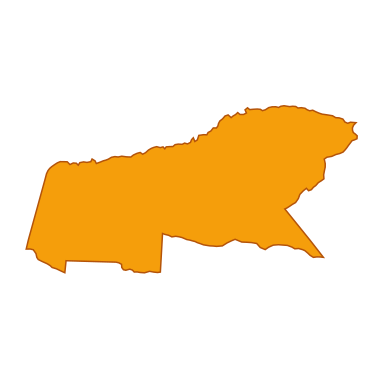 outline of Indiavaí, Mato Grosso, Brazil, rotated 102°
{"feature_id": "56859067B3233688790189", "entity_name": "Indiavaí", "entity_type": "district", "adm_level": 2, "iso_a3": "BRA", "parent_name": "Brazil", "parent_adm1": "Mato Grosso", "projection": "mercator", "projection_center": [-58.619, -15.332], "detail": "fine", "context": "isolated", "style": "filled", "palette": "amber", "viewbox_px": 384, "rotation_deg": 102, "n_neighbors": 0, "source": "geoboundaries", "source_scale": "gbopen_adm2", "svg_char_len": 2784}
<svg xmlns="http://www.w3.org/2000/svg" viewBox="0 0 384 384"><g transform="rotate(102 192 192)"><path d="M90.1,46.0L90.8,51.5L92.4,53.9L91.8,56.9L89.3,59.6L88.9,63.5L89.4,66.9L88.2,70.4L88.4,74.8L88.6,78.3L88.8,80.8L88.4,84.4L87.7,87.9L86.9,90.9L88.1,93.8L87.6,96.5L86.6,98.8L86.8,102.6L87.8,105.8L86.8,108.3L87.2,111.4L88.2,114.3L88.5,119.9L89.7,123.0L91.3,124.8L91.2,127.7L92.0,131.3L93.5,134.5L96.3,137.3L97.8,140.0L96.9,142.3L97.3,145.5L98.4,149.5L99.4,152.7L98.1,155.2L100.6,157.2L103.4,155.2L105.4,157.6L106.2,161.2L104.8,163.8L107.2,165.5L109.2,167.7L111.1,169.2L109.1,172.7L110.8,175.5L114.1,177.3L116.7,179.5L119.4,180.3L122.0,180.4L124.3,181.4L124.9,184.5L128.5,186.3L130.4,188.6L133.0,189.4L133.5,192.5L135.2,197.1L139.9,197.6L142.0,199.7L138.7,202.0L140.9,203.3L143.8,203.8L145.9,206.4L145.7,209.4L147.4,211.5L148.0,215.4L149.2,218.4L151.5,220.1L152.3,223.5L153.2,226.6L155.4,227.6L153.9,229.7L155.2,232.3L155.0,236.0L156.3,238.6L157.8,240.9L160.0,243.3L163.2,245.6L165.3,248.1L164.1,250.9L165.6,253.8L168.0,257.0L170.5,259.1L171.2,263.1L171.6,268.2L173.1,271.5L173.4,274.8L174.8,278.0L177.3,280.7L178.8,283.0L179.9,285.2L181.7,287.8L184.0,291.5L181.7,293.3L180.5,296.6L183.4,297.3L184.9,300.9L185.1,304.3L186.6,307.8L189.4,308.9L187.9,311.1L188.3,314.2L190.5,317.1L188.4,320.3L189.0,323.7L189.7,327.2L191.5,329.8L194.0,332.3L196.5,334.6L198.5,336.1L201.0,337.3L204.4,338.1L210.8,338.4L272.9,342.1L282.3,342.3L281.4,338.4L281.5,335.2L284.7,331.8L288.2,330.2L290.0,328.4L291.1,324.2L292.3,318.7L293.5,315.4L294.9,313.2L295.3,308.7L296.9,302.0L297.4,299.6L285.4,300.9L276.4,251.7L276.5,248.8L277.4,245.9L280.4,245.0L282.3,242.9L282.3,240.5L280.4,236.8L280.8,234.0L282.3,231.9L281.6,229.0L281.5,225.9L280.9,221.6L278.4,217.0L278.3,212.9L277.9,208.9L276.9,206.3L238.7,212.2L239.1,209.8L239.2,205.9L240.1,202.4L238.7,198.7L238.5,195.4L238.6,192.3L239.6,187.2L239.5,184.4L239.7,181.4L239.8,178.7L240.4,176.4L240.8,173.0L241.3,169.7L241.0,163.5L240.4,159.7L240.1,156.7L238.4,151.1L234.5,147.1L231.5,143.2L229.3,140.0L230.6,132.9L229.8,128.2L229.1,123.3L228.9,118.0L232.1,113.7L233.1,108.4L230.1,105.6L227.1,101.5L225.6,96.5L224.4,87.6L225.1,82.8L226.2,79.6L225.1,76.0L225.4,71.7L225.9,69.4L227.7,66.0L229.4,63.3L230.7,59.7L229.5,56.3L228.9,53.1L228.6,49.9L217.4,63.2L214.4,66.8L189.3,97.7L187.8,95.7L185.0,92.9L183.3,91.3L180.8,88.5L176.3,86.6L171.9,86.0L167.7,83.4L164.6,80.9L166.5,78.2L164.9,75.7L162.1,74.2L160.0,72.3L156.6,70.4L153.5,67.3L151.7,65.7L147.8,66.8L143.3,66.9L139.9,66.9L136.5,67.6L132.3,69.5L129.9,67.2L128.1,62.7L125.4,59.0L123.6,55.4L121.5,52.5L119.0,51.0L116.4,49.7L114.0,48.7L111.5,47.5L108.5,46.1L107.3,44.0L105.6,41.7L102.7,42.1L101.3,44.4L100.3,46.6L98.3,47.8L95.9,48.4L93.0,47.8L90.1,46.0Z" fill="#f59e0b" stroke="#b45309" stroke-width="1.5"/></g></svg>